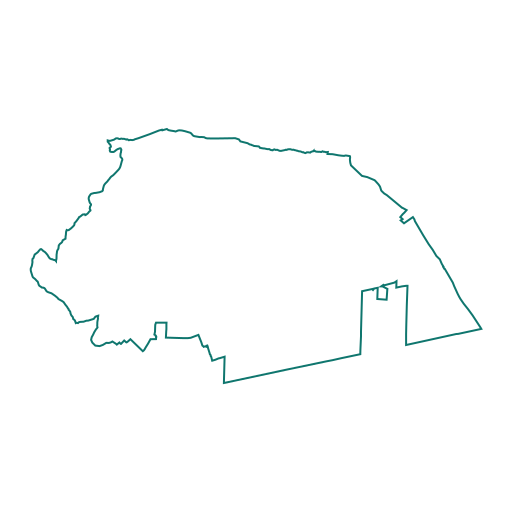 Mihai Viteazu, Cluj, Romania
{"feature_id": "2599482B370661987664", "entity_name": "Mihai Viteazu", "entity_type": "district", "adm_level": 2, "iso_a3": "ROU", "parent_name": "Romania", "parent_adm1": "Cluj", "projection": "albers", "projection_center": [23.722, 46.539], "detail": "fine", "context": "isolated", "style": "outline", "palette": "teal", "viewbox_px": 512, "rotation_deg": 0, "n_neighbors": 0, "source": "geoboundaries", "source_scale": "gbopen_adm2", "svg_char_len": 5955}
<svg xmlns="http://www.w3.org/2000/svg" viewBox="0 0 512 512"><path d="M481.3,328.9L480.3,327.2L472.6,315.4L468.0,309.1L463.7,303.7L460.6,299.2L459.3,297.0L457.7,293.9L454.2,286.2L452.8,282.6L444.8,268.9L444.4,268.9L443.2,266.9L443.5,266.7L441.8,263.9L439.8,259.3L436.4,256.0L432.7,249.8L428.7,244.2L423.2,235.3L414.9,221.1L414.4,219.4L412.9,217.1L404.0,223.3L400.7,220.4L402.6,219.1L400.3,217.1L402.7,214.2L404.4,212.6L406.6,210.1L402.4,207.8L402.1,207.8L386.8,195.1L384.2,193.5L381.8,191.2L381.2,190.4L380.1,186.9L379.6,186.0L378.5,184.4L375.7,181.3L374.6,180.2L367.3,177.1L362.0,175.9L351.0,165.4L350.3,162.9L350.1,161.5L349.9,159.2L350.1,157.9L350.1,157.4L350.0,156.3L349.8,156.1L346.0,155.5L345.4,155.5L344.1,155.9L341.7,155.7L338.5,155.3L332.6,154.2L327.5,154.0L327.8,152.0L325.8,152.2L324.7,151.8L323.6,151.8L322.6,151.3L322.3,151.4L321.4,152.0L321.0,152.0L319.9,151.8L317.9,151.8L317.2,151.7L316.2,151.7L314.9,151.0L313.6,151.2L313.6,150.8L313.3,151.1L311.0,151.9L310.2,152.6L308.1,152.3L307.0,152.3L306.5,152.5L305.7,153.0L305.3,153.1L304.1,152.7L303.3,152.2L302.5,152.3L300.7,151.5L298.5,151.2L297.3,150.7L296.6,150.7L295.8,150.3L294.5,150.1L293.6,149.7L292.2,149.8L290.2,149.2L288.1,149.3L287.4,149.5L286.7,149.9L285.8,149.7L285.2,150.0L281.0,150.9L279.5,150.8L277.3,149.8L275.3,149.9L274.6,149.4L273.6,149.6L272.7,150.3L272.1,150.1L271.2,150.1L270.7,149.9L270.4,149.9L269.7,149.3L269.4,149.1L267.2,149.1L264.0,148.4L263.5,148.5L262.8,148.3L262.2,148.3L261.8,148.1L261.1,148.1L260.7,147.9L259.9,147.8L259.2,146.7L258.6,146.4L254.6,146.0L254.1,146.0L252.6,145.3L251.8,145.1L250.9,144.6L250.4,144.6L249.6,144.4L247.6,143.2L240.4,141.4L238.9,139.4L235.2,138.2L214.7,138.5L207.4,138.4L205.8,138.1L204.1,137.2L201.2,137.0L199.8,137.1L196.2,136.5L194.5,136.2L193.6,135.9L192.9,135.4L191.1,133.3L190.1,132.7L185.0,131.2L181.9,130.5L179.4,130.3L178.1,130.5L175.9,131.4L175.4,131.5L174.5,131.2L170.7,130.6L168.4,130.1L167.5,129.5L166.9,129.0L162.3,130.3L162.0,129.7L159.0,130.5L149.6,134.2L138.4,138.2L134.8,139.3L133.9,139.8L132.4,140.1L130.2,139.9L129.0,140.2L128.6,140.2L128.0,139.7L127.3,139.3L126.7,139.3L126.3,139.6L124.4,138.9L123.8,138.8L122.8,138.9L121.4,138.6L120.8,138.7L120.0,139.0L119.5,139.0L118.9,138.9L117.7,138.3L116.3,138.3L115.7,138.5L114.3,139.5L113.6,139.8L110.2,140.8L109.1,140.8L107.7,140.4L107.7,141.7L108.4,142.4L109.3,143.8L110.2,144.6L110.9,146.3L110.9,146.6L110.8,146.9L109.6,147.9L109.6,148.2L110.0,149.3L109.8,150.2L109.8,150.7L110.2,151.6L111.1,151.9L113.3,152.0L114.3,151.6L116.5,149.8L117.7,149.1L119.9,148.3L120.6,148.3L121.3,149.5L121.3,150.3L121.1,150.7L121.0,152.2L120.6,153.4L120.4,155.3L120.5,156.9L121.4,157.8L122.1,158.7L122.3,159.4L122.3,160.0L121.8,161.2L120.6,165.7L120.1,167.2L119.3,168.7L118.5,169.7L114.8,173.6L113.2,175.2L111.1,176.7L109.9,178.1L109.4,178.9L108.0,180.5L107.5,181.3L105.3,183.5L104.3,184.8L103.8,185.9L103.1,188.5L102.9,189.5L102.8,190.5L102.2,191.2L99.6,192.2L95.8,192.9L94.2,193.0L91.3,193.8L90.7,194.2L89.7,195.6L89.0,196.8L88.7,198.0L88.7,198.7L88.8,199.5L89.6,202.2L89.9,202.9L91.0,204.3L91.0,204.8L90.9,205.2L90.0,206.7L90.0,207.3L89.7,208.3L89.9,209.1L90.5,210.2L90.4,210.6L89.2,211.6L87.8,213.4L86.0,214.8L85.3,215.1L84.8,214.3L82.8,214.5L82.2,214.9L81.8,215.3L80.0,216.7L79.0,217.2L78.6,218.1L76.4,221.1L74.5,223.2L74.4,224.5L74.1,225.3L72.8,226.7L71.0,228.4L68.7,230.1L67.3,230.3L66.7,230.0L66.2,231.3L66.0,232.8L65.9,234.6L65.6,236.4L65.5,238.7L62.7,240.3L62.5,240.9L62.3,241.6L62.1,242.0L61.3,242.9L60.0,243.8L58.8,245.4L58.4,248.7L57.4,250.3L57.0,251.5L56.8,253.3L56.6,254.4L56.5,258.2L56.4,259.2L56.0,260.7L56.0,261.1L55.4,260.4L54.8,260.1L53.4,259.8L52.2,259.2L51.4,259.2L50.1,258.6L49.5,258.1L48.6,256.8L47.4,254.8L45.6,252.7L44.4,251.6L43.5,251.2L42.3,250.0L41.2,249.1L40.9,249.1L40.3,249.3L38.9,250.8L37.8,252.2L35.6,253.9L34.7,254.5L33.4,258.1L32.5,259.0L32.3,261.0L32.5,261.9L32.1,264.6L31.8,266.0L31.3,267.3L30.9,268.1L30.7,269.0L30.8,270.8L31.1,271.9L32.5,276.4L32.9,277.2L33.3,277.6L35.2,279.1L36.9,281.0L37.6,281.5L37.9,282.1L38.7,284.7L39.2,285.6L39.5,285.9L40.6,286.6L42.0,287.6L43.1,287.6L44.4,288.1L45.1,288.9L46.3,290.9L46.9,291.5L48.2,292.2L51.5,293.3L55.1,295.8L57.5,297.8L58.4,299.0L62.0,301.0L63.6,302.1L65.3,304.6L67.0,306.7L67.8,308.1L68.5,308.9L68.6,309.7L69.6,310.8L70.3,312.0L70.5,313.4L71.4,315.5L72.5,316.7L72.8,317.2L73.3,319.1L74.3,319.8L74.9,320.5L75.8,323.1L76.5,322.8L78.0,323.1L78.7,322.4L79.2,322.1L80.3,321.9L83.6,321.7L86.4,320.7L88.2,320.6L93.7,318.9L95.4,316.7L96.3,316.3L98.2,315.7L98.1,316.6L97.8,317.3L98.0,318.6L97.5,321.0L97.3,322.6L97.3,324.2L97.2,325.8L97.5,327.5L95.9,329.5L94.2,332.3L93.1,334.7L91.7,337.2L91.1,339.9L92.3,342.6L95.3,345.6L99.6,346.1L102.9,344.9L106.2,342.9L107.0,342.8L108.0,343.0L109.5,342.8L110.8,342.4L112.4,341.5L116.1,343.9L116.8,344.6L119.4,342.5L120.6,343.8L121.0,343.9L124.2,340.5L126.2,342.3L126.6,342.4L128.0,341.4L130.4,339.2L142.8,351.2L143.8,350.4L144.7,349.2L145.5,347.7L148.0,343.7L150.5,339.2L156.0,339.1L156.1,337.4L155.9,336.7L156.2,336.6L155.8,335.6L155.4,335.2L154.4,334.6L155.0,331.8L155.2,325.7L155.3,324.6L156.0,322.7L166.5,322.7L166.4,324.4L166.4,329.1L166.2,331.5L165.9,337.6L182.3,338.1L188.1,338.1L190.7,337.8L198.4,334.9L201.3,342.2L202.4,345.6L203.5,346.4L203.7,346.8L204.9,346.4L205.4,346.4L206.5,346.8L206.6,346.6L206.6,345.7L207.3,345.5L207.7,346.5L208.1,348.3L209.6,353.1L209.9,354.3L210.5,354.9L210.7,355.5L210.7,356.1L211.2,356.7L212.2,360.7L215.5,359.7L218.5,358.4L219.6,358.2L224.6,356.7L223.9,383.0L285.8,369.8L326.6,361.3L332.4,360.2L341.2,358.2L360.3,354.2L360.4,349.9L361.0,336.3L361.0,331.5L362.1,291.2L372.8,288.9L372.9,289.9L373.0,290.0L374.2,288.5L377.7,287.8L377.3,299.0L386.6,299.7L387.3,289.7L387.4,288.9L382.5,286.4L381.2,286.4L383.5,284.8L384.3,285.3L394.4,282.6L396.5,281.2L396.3,287.6L401.9,286.4L406.2,285.8L407.5,285.8L406.8,305.3L406.3,324.3L406.1,334.1L406.1,345.0L456.3,334.0L458.1,333.9L481.3,328.9Z" fill="none" stroke="#0f766e" stroke-width="2"/></svg>